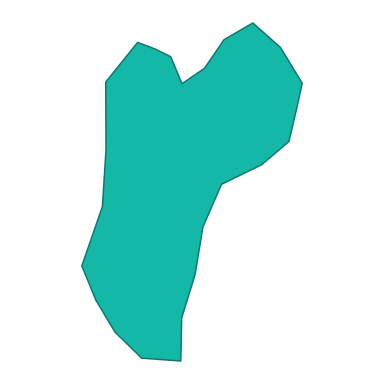 an SVG outline of Hermanas
{"feature_id": "DOM-1968", "entity_name": "Hermanas", "entity_type": "Province", "adm_level": 1, "iso_a3": "DOM", "parent_name": "Dominican Republic", "parent_adm1": "", "projection": "mercator", "projection_center": [-70.354, 19.392], "detail": "fine", "context": "isolated", "style": "filled", "palette": "teal", "viewbox_px": 384, "rotation_deg": 0, "n_neighbors": 0, "source": "natural_earth", "source_scale": "10m", "svg_char_len": 419}
<svg xmlns="http://www.w3.org/2000/svg" viewBox="0 0 384 384"><path d="M252.8,23.0L280.5,47.5L302.2,83.2L296.6,109.0L288.9,141.5L261.7,164.7L221.5,184.3L202.9,227.1L195.1,274.5L181.7,317.9L180.8,361.0L141.8,358.2L115.1,332.3L95.9,300.2L81.8,265.9L102.4,206.7L106.0,149.7L105.7,82.1L137.6,42.4L154.9,48.9L170.7,56.7L182.0,83.7L204.5,68.3L224.1,39.6L252.8,23.0Z" fill="#14b8a6" stroke="#0f766e" stroke-width="1.5"/></svg>